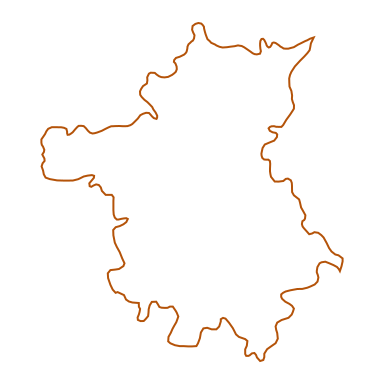 Orsha, Vitebsk, Belarus (Albers equal-area conic projection)
{"feature_id": "67162791B52368794321360", "entity_name": "Orsha", "entity_type": "district", "adm_level": 2, "iso_a3": "BLR", "parent_name": "Belarus", "parent_adm1": "Vitebsk", "projection": "albers", "projection_center": [30.362, 54.544], "detail": "fine", "context": "isolated", "style": "outline", "palette": "amber", "viewbox_px": 384, "rotation_deg": 0, "n_neighbors": 0, "source": "geoboundaries", "source_scale": "gbopen_adm2", "svg_char_len": 5250}
<svg xmlns="http://www.w3.org/2000/svg" viewBox="0 0 384 384"><path d="M339.9,271.1L341.5,266.3L342.6,261.4L342.6,258.4L338.5,255.3L335.3,254.5L331.5,251.5L329.1,248.1L326.7,243.1L323.6,237.5L321.3,235.1L318.2,232.8L314.4,232.2L312.1,233.5L309.2,234.2L307.1,231.8L303.9,228.2L302.6,226.5L301.9,224.1L302.4,221.2L304.2,220.0L305.0,218.6L305.4,215.2L302.8,210.5L301.1,207.5L299.9,202.2L299.1,199.4L296.3,197.2L293.9,195.3L292.1,192.1L292.0,188.0L292.0,185.9L291.8,182.9L290.8,180.3L287.9,178.6L285.8,178.9L283.3,181.0L278.6,181.6L274.7,181.5L271.0,176.8L270.4,174.1L270.0,171.4L270.0,168.8L270.2,163.8L269.9,161.0L268.4,159.7L266.5,159.7L264.1,159.5L262.3,157.9L261.6,155.7L261.4,153.7L262.0,150.7L262.6,148.0L264.8,144.5L270.5,142.1L274.2,140.6L276.9,137.1L277.2,134.4L275.8,132.9L272.6,132.3L269.8,130.8L268.6,128.3L270.0,126.9L271.6,126.3L274.1,126.2L276.2,126.8L281.4,126.9L283.2,125.0L286.3,119.8L288.2,117.2L290.1,114.6L292.6,110.8L293.9,108.7L294.0,105.2L292.8,102.1L291.9,99.0L292.1,95.5L291.4,91.0L289.5,86.6L289.3,82.6L289.2,78.4L290.0,75.0L291.4,71.8L294.9,66.4L300.2,60.6L304.3,56.5L307.4,53.1L309.6,50.2L310.2,47.4L310.9,43.4L313.7,37.5L310.1,38.7L307.2,40.3L305.4,41.0L302.6,42.4L300.2,43.6L298.1,44.6L293.8,47.2L290.3,48.1L288.2,48.7L285.9,48.7L283.6,48.5L282.3,47.6L280.3,46.5L279.1,45.4L277.4,44.2L275.6,43.0L273.8,42.5L272.4,42.9L271.3,45.3L270.2,46.9L268.8,47.5L267.4,46.5L266.6,45.3L266.1,43.7L265.3,42.0L264.2,39.9L263.0,38.8L261.5,39.0L260.4,40.9L260.1,43.4L260.1,45.6L260.4,48.9L260.9,51.2L260.0,53.7L256.8,54.4L254.5,54.1L252.6,53.2L250.6,51.7L247.3,49.4L244.2,47.3L241.7,46.0L239.6,45.7L238.0,45.4L234.6,46.2L230.3,46.7L227.0,47.2L222.6,47.5L219.5,46.8L216.5,45.5L215.0,44.5L211.2,42.8L209.7,41.1L207.5,39.2L206.4,36.4L205.6,34.2L204.9,31.8L204.1,28.6L203.9,26.7L202.7,25.0L201.3,23.6L198.4,23.0L195.4,23.9L192.6,26.0L192.1,29.7L193.2,32.6L194.5,35.2L194.0,38.5L192.9,40.6L191.5,41.5L190.2,42.8L188.5,44.3L187.5,46.6L187.3,48.7L186.6,51.7L185.6,53.2L184.1,54.6L181.9,55.7L179.6,56.8L176.0,57.9L174.2,60.0L173.9,61.9L175.4,63.4L176.6,66.5L176.8,69.2L175.8,71.8L174.2,73.3L172.1,74.9L168.1,76.9L164.5,77.4L161.3,77.1L159.0,76.2L156.6,74.5L154.8,72.9L150.7,72.7L148.9,73.7L147.2,77.3L147.4,80.3L146.9,83.5L143.0,86.1L141.1,89.0L140.0,91.4L140.2,94.8L141.7,97.0L144.4,99.8L147.4,102.1L149.5,104.2L152.2,107.0L153.4,109.5L155.6,112.5L157.2,115.7L157.1,117.7L156.5,118.9L153.8,118.1L152.0,116.4L150.4,114.5L149.0,113.0L146.1,112.8L143.0,113.8L140.3,115.2L137.8,118.6L134.0,122.4L132.2,124.1L130.3,125.2L127.5,126.1L125.3,126.2L122.9,126.2L119.1,126.0L115.3,126.1L111.1,126.3L108.7,127.3L105.6,128.8L101.8,130.8L97.2,132.5L94.7,133.2L92.5,133.5L89.9,132.6L87.9,130.7L85.8,128.1L83.7,126.1L81.1,125.8L78.6,125.9L77.2,127.1L75.1,129.4L72.7,132.3L71.1,133.5L69.4,134.6L67.6,134.8L67.1,133.2L67.1,131.6L66.4,128.9L64.0,127.8L61.3,127.3L55.9,127.2L51.8,127.2L48.2,128.8L46.3,131.4L45.1,134.0L43.4,136.5L42.0,138.5L41.4,139.4L41.4,142.8L41.8,144.8L43.1,146.8L44.3,149.8L43.9,152.0L42.3,154.5L43.2,156.3L44.4,158.5L44.6,160.9L42.6,163.3L41.6,166.4L43.1,170.6L43.8,174.3L45.6,177.6L49.8,179.1L57.1,180.4L64.1,180.6L68.1,180.6L73.0,180.5L78.2,179.2L80.5,178.1L83.7,176.5L87.7,175.6L91.9,175.1L94.1,175.8L93.9,177.8L92.1,180.0L89.3,183.3L89.7,186.2L91.3,186.8L93.5,185.5L96.1,184.4L98.8,185.0L100.8,187.4L101.9,190.9L105.7,194.9L108.7,194.9L111.8,194.9L113.6,197.3L113.4,200.8L113.4,205.5L113.4,210.3L113.7,214.5L114.8,217.6L116.8,219.5L118.6,219.5L121.6,218.8L124.0,218.4L126.3,218.2L127.8,219.0L126.3,222.1L123.4,224.3L119.7,226.1L115.7,227.2L113.2,230.0L113.4,235.4L114.8,242.6L116.8,246.9L119.7,252.1L122.2,258.4L124.5,263.3L123.4,266.1L119.0,269.0L115.0,269.6L110.4,270.1L107.8,273.3L108.1,278.1L110.4,284.8L112.7,289.6L115.6,292.8L117.6,292.1L124.0,295.1L126.0,299.5L128.9,301.5L132.4,302.5L138.8,303.0L138.9,306.8L140.1,308.9L139.6,311.8L138.9,314.4L137.6,317.5L137.9,319.9L140.6,321.1L143.7,321.0L145.7,319.0L148.1,316.1L148.5,312.6L148.7,309.2L149.7,305.4L151.8,301.9L156.2,301.7L157.9,304.3L159.4,307.0L161.6,307.7L165.1,307.9L167.6,307.8L169.9,306.6L172.8,306.6L175.6,310.7L176.7,312.6L178.3,316.5L177.4,319.2L176.3,322.2L174.3,325.6L172.5,328.9L170.8,332.8L168.5,336.9L168.2,341.4L170.4,343.3L174.9,345.2L179.6,346.1L183.1,346.1L188.2,346.4L192.0,346.4L196.4,346.1L198.0,343.3L199.9,338.2L200.9,332.5L203.4,328.4L207.2,327.8L211.6,329.3L216.4,329.3L219.2,326.5L220.8,321.4L220.8,319.2L223.0,317.9L225.5,318.6L229.0,322.7L232.8,328.1L234.1,330.6L236.0,334.4L238.9,336.9L245.2,339.1L247.4,341.0L246.8,345.8L245.2,349.3L245.2,352.1L245.2,354.0L246.2,355.9L248.4,355.9L249.7,355.3L251.9,353.4L254.4,353.0L256.0,354.9L257.0,357.5L258.8,359.5L260.1,361.0L263.3,360.0L264.3,357.1L264.3,353.7L267.1,349.2L270.6,346.7L275.6,343.2L277.8,338.7L277.2,333.0L276.2,329.9L275.6,326.4L277.2,322.6L281.6,320.0L288.5,317.8L291.7,314.6L292.9,311.8L293.9,308.6L292.0,305.8L289.4,303.9L285.3,301.7L282.1,298.8L281.2,296.9L281.2,294.4L283.1,292.8L285.6,291.5L290.3,290.3L297.3,289.0L302.4,288.9L307.4,287.7L310.6,286.4L314.7,284.5L317.5,281.6L318.4,277.5L317.8,275.0L316.8,272.4L316.8,270.9L317.4,267.1L319.6,263.3L321.5,262.3L325.3,261.7L329.1,263.2L333.5,265.1L337.0,267.0L338.9,269.2L339.9,271.1Z" fill="none" stroke="#b45309" stroke-width="2"/></svg>